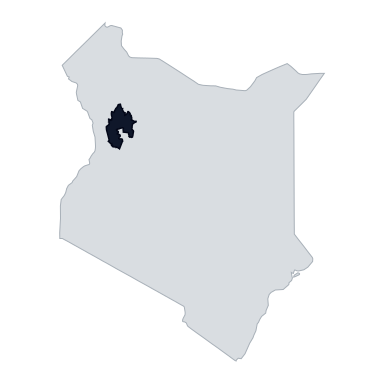 location of Turkana South, Rift Valley, Kenya
{"feature_id": "3690345B86728655085245", "entity_name": "Turkana South", "entity_type": "district", "adm_level": 2, "iso_a3": "KEN", "parent_name": "Kenya", "parent_adm1": "Rift Valley", "projection": "mercator", "projection_center": [35.73, 2.378], "detail": "fine", "context": "in_parent", "style": "filled", "palette": "ink", "viewbox_px": 384, "rotation_deg": 0, "n_neighbors": 0, "source": "geoboundaries", "source_scale": "gbopen_adm2", "svg_char_len": 7649}
<svg xmlns="http://www.w3.org/2000/svg" viewBox="0 0 384 384"><path d="M59.8,238.5L59.7,232.9L60.5,218.5L60.4,205.9L61.2,199.5L64.3,195.5L65.7,192.6L66.7,188.6L68.4,185.3L72.1,182.6L72.7,181.1L76.7,176.6L79.0,170.8L80.8,168.8L83.0,167.0L84.5,166.0L87.1,165.1L89.1,164.5L89.5,164.1L89.7,163.1L89.0,159.5L89.9,158.4L91.2,156.0L92.8,153.7L94.2,152.3L95.0,150.8L95.4,148.3L95.5,146.5L95.4,143.6L95.0,137.0L93.3,131.4L92.3,125.2L93.1,123.1L91.7,119.5L91.1,119.3L90.0,118.5L88.7,115.0L87.6,111.9L87.0,111.1L82.6,108.4L80.4,101.9L77.9,100.4L76.5,94.0L76.3,92.2L77.7,85.7L77.5,84.3L76.1,82.9L71.9,81.5L68.5,78.9L68.9,77.9L69.2,77.0L67.4,76.3L62.2,65.3L68.9,58.7L75.6,52.0L84.2,43.6L92.1,35.8L99.0,29.0L105.1,23.0L104.9,24.2L104.9,25.7L105.7,26.6L107.0,27.3L108.7,26.6L110.2,25.7L111.7,25.5L120.9,28.0L122.4,30.2L122.3,32.5L122.7,34.2L122.0,35.9L121.2,41.1L121.5,45.8L124.2,49.3L126.7,52.1L128.6,55.9L130.0,57.1L132.0,57.7L138.3,57.9L147.6,58.1L156.6,58.4L157.4,58.5L159.3,59.0L167.6,64.2L175.1,69.0L181.5,73.1L187.7,77.2L193.8,81.1L198.4,84.3L203.0,85.3L210.5,85.8L215.7,85.9L220.5,87.3L227.6,88.6L233.0,89.2L236.2,90.0L245.1,90.7L246.6,90.3L250.5,86.7L254.9,80.8L256.6,77.6L262.3,74.4L272.3,69.9L279.4,66.8L287.2,63.6L290.8,66.3L295.7,70.7L297.9,72.9L299.6,73.9L302.3,74.5L305.6,74.5L307.3,74.4L311.0,73.9L319.4,73.4L324.3,73.4L320.2,79.2L315.3,86.3L306.3,99.2L299.5,106.0L294.3,111.1L293.8,112.0L293.8,117.7L293.9,131.7L294.0,159.6L294.1,187.6L294.2,215.5L294.3,229.5L294.3,234.1L298.8,240.0L303.3,245.7L309.1,253.3L312.3,257.4L312.8,258.8L312.6,261.5L307.8,267.2L303.8,269.8L298.5,271.0L296.9,270.8L294.8,269.9L294.0,271.3L293.4,273.4L292.2,273.0L291.3,272.4L291.9,276.1L292.4,278.0L291.6,280.5L289.0,282.7L288.8,284.6L283.2,289.5L275.3,290.0L271.1,292.4L269.2,294.4L267.8,298.8L268.3,305.4L266.1,310.5L265.7,313.1L261.6,316.4L259.8,319.4L258.4,322.5L257.2,323.9L255.9,330.8L253.9,335.1L253.4,336.5L253.0,337.7L251.5,340.2L250.5,341.9L249.8,343.0L245.0,353.8L241.2,358.7L238.2,358.2L236.3,360.1L236.1,361.0L235.0,360.5L232.5,358.7L227.5,355.0L222.4,351.3L217.3,347.6L212.2,344.0L207.1,340.3L202.0,336.6L196.9,333.0L191.8,329.3L188.9,327.1L187.5,325.9L186.5,323.3L186.0,322.7L184.6,321.9L183.1,321.7L182.6,321.3L182.6,320.0L183.2,318.3L185.0,314.9L185.2,312.9L184.9,310.7L184.3,307.1L183.8,306.3L180.4,304.4L173.3,300.4L166.3,296.5L159.2,292.5L152.2,288.6L145.1,284.6L138.0,280.7L131.0,276.7L123.9,272.8L116.8,268.9L109.8,264.9L102.7,261.0L95.7,257.0L88.6,253.1L81.5,249.1L74.5,245.2L67.4,241.2L64.7,239.8L62.4,238.5L59.8,238.5ZM294.8,276.8L293.6,277.1L294.2,275.2L297.8,272.8L299.3,273.3L299.6,273.9L299.5,274.4L298.9,274.9L294.8,276.8Z" fill="#d9dde1" stroke="#a8b0b8" stroke-width="1"/><path d="M108.4,141.3L111.1,144.0L111.3,144.1L111.5,144.3L111.5,144.2L111.6,144.3L111.7,144.2L111.7,144.3L111.8,144.4L111.9,144.7L112.0,144.8L111.9,144.8L112.0,144.9L111.8,145.1L112.0,145.2L111.9,145.3L111.8,145.5L112.2,145.7L112.2,145.9L112.3,145.9L112.3,146.1L112.5,146.2L112.5,146.3L112.6,146.6L112.9,146.7L113.3,146.6L113.5,146.7L113.5,146.8L113.8,146.9L114.0,146.8L114.3,146.8L114.7,146.9L114.8,146.9L114.9,147.0L115.0,147.0L115.0,146.9L115.3,146.9L115.5,147.0L115.9,146.8L116.0,146.9L116.2,147.2L116.3,147.2L116.3,147.3L116.5,147.2L116.7,147.3L117.0,147.4L117.3,147.5L117.7,147.6L118.0,147.8L118.3,147.9L118.5,148.2L118.7,148.3L118.9,148.4L119.4,148.7L119.5,148.8L121.8,142.9L122.1,142.1L122.4,141.5L122.6,141.3L122.7,141.2L122.5,140.5L122.4,140.2L122.4,139.8L122.3,139.5L122.3,139.3L122.2,139.2L121.8,139.0L121.1,138.9L119.8,138.9L119.7,139.0L119.3,138.9L119.1,138.8L119.0,138.7L118.8,138.5L118.8,138.3L118.8,138.1L118.9,137.7L119.1,137.3L119.4,137.0L119.9,136.6L120.0,136.4L120.2,136.2L120.2,135.6L120.1,135.2L119.9,134.9L119.7,134.7L119.4,134.6L119.2,134.6L118.8,134.6L118.7,134.5L118.6,134.1L118.4,134.0L118.2,134.0L117.5,134.1L117.3,134.0L117.3,133.9L117.3,133.7L117.7,133.2L117.9,132.7L118.3,132.3L118.3,132.0L118.3,131.8L118.3,131.6L118.2,131.5L117.5,131.0L116.9,130.5L116.6,130.2L116.5,129.7L117.0,129.4L117.5,129.3L117.7,129.1L117.9,129.0L118.0,129.0L118.6,129.0L118.9,129.0L119.2,128.8L119.5,128.6L120.1,128.3L120.3,128.3L120.8,128.3L121.2,128.0L121.5,128.0L121.8,128.0L122.2,127.9L122.3,127.8L122.4,127.7L122.6,127.7L122.8,127.8L123.0,127.8L123.3,127.9L123.4,128.1L123.3,128.3L123.4,128.6L123.2,129.1L123.1,129.5L123.2,129.9L123.2,130.4L123.2,130.6L123.4,130.9L123.4,131.0L123.4,131.3L123.3,131.5L123.3,132.1L128.3,132.7L128.4,132.9L128.7,133.6L128.7,133.9L128.6,134.1L128.6,134.3L129.0,134.8L129.1,135.1L129.1,135.3L129.0,135.7L128.9,136.0L128.9,136.3L129.0,136.5L129.4,136.8L129.6,137.1L129.8,137.2L130.1,137.0L130.3,136.8L130.7,137.1L130.9,137.1L131.1,137.3L131.4,137.4L132.0,137.1L132.4,137.1L132.5,137.0L132.5,136.6L132.8,135.8L132.9,135.1L133.2,133.1L133.4,132.1L133.5,131.4L133.4,130.9L133.3,130.7L132.9,130.4L132.7,130.1L132.6,129.9L132.4,129.7L132.0,129.7L131.8,129.5L131.8,129.4L131.8,128.9L132.1,127.5L132.1,126.7L132.2,125.5L132.4,124.9L132.6,124.5L132.5,124.3L132.3,124.0L132.3,123.8L132.5,123.7L132.9,123.6L133.2,123.4L133.6,123.3L133.8,123.2L134.0,122.9L134.4,122.7L134.5,122.6L134.8,122.4L135.3,122.3L135.7,122.1L136.2,121.8L136.4,121.5L136.6,121.5L136.4,121.4L136.1,121.3L135.8,121.4L135.5,121.3L135.1,121.4L134.7,121.5L134.5,121.4L134.0,121.1L132.9,120.6L132.6,120.4L132.2,120.1L131.9,120.1L131.7,120.3L131.4,120.2L131.3,119.9L131.5,119.5L131.5,119.3L131.7,118.6L131.7,117.7L131.6,117.1L131.5,116.9L131.1,116.7L131.0,116.4L131.2,116.0L131.3,115.8L131.2,115.6L131.1,115.4L130.8,115.1L130.2,114.7L130.0,114.2L130.1,113.6L130.1,113.4L129.8,113.1L129.2,112.4L128.4,111.6L128.2,111.6L127.9,111.6L127.8,111.8L127.9,112.0L127.7,112.4L127.6,112.5L126.9,113.7L126.3,114.5L125.8,114.9L125.0,115.4L124.8,115.5L124.7,115.5L124.7,115.1L124.7,114.9L124.7,114.7L124.8,114.6L125.0,114.4L125.0,114.1L125.1,113.9L125.1,113.4L125.0,112.7L125.1,112.3L125.1,112.1L125.0,112.3L124.9,112.4L124.3,112.5L124.0,112.6L123.9,112.5L123.7,112.3L123.1,111.1L122.9,110.7L122.8,110.3L122.4,109.6L122.4,109.2L122.4,108.8L122.5,108.6L122.4,108.6L122.2,108.7L121.5,108.3L121.2,107.2L121.0,106.7L120.7,106.4L120.7,106.1L120.6,105.8L120.7,105.6L120.7,105.4L120.6,105.2L120.6,104.9L120.4,104.7L120.3,104.3L120.3,104.2L120.2,104.2L120.2,104.3L119.9,104.4L119.6,104.6L119.2,104.5L118.8,104.5L118.6,104.6L118.4,104.6L118.2,104.7L118.1,105.0L118.0,105.4L117.6,106.2L117.6,106.5L117.4,106.9L117.0,107.1L116.9,107.3L116.7,107.8L116.6,108.0L115.9,108.3L115.7,108.7L115.6,108.8L115.6,109.1L115.5,109.4L115.2,109.8L114.9,110.1L114.6,110.8L114.6,111.1L114.4,111.2L114.3,111.4L114.3,111.6L114.2,111.8L114.1,112.0L114.1,112.3L114.0,112.5L113.8,112.5L113.6,112.4L113.1,112.1L112.6,111.9L112.0,111.7L111.7,111.7L111.4,113.0L111.4,113.4L111.4,114.2L111.5,115.2L111.6,115.8L111.8,116.4L112.1,117.0L112.0,117.3L112.1,117.7L112.1,117.9L111.9,118.2L111.9,118.4L111.8,118.6L111.7,118.7L111.8,118.9L111.6,119.4L111.7,119.7L111.7,119.9L111.0,120.3L110.9,120.4L110.7,120.4L110.6,120.0L110.5,119.8L110.3,119.7L110.0,119.7L109.8,119.5L109.6,119.5L109.3,119.3L109.2,119.3L108.9,119.4L108.7,119.3L108.7,119.5L108.6,119.8L108.8,119.9L108.8,120.1L109.0,120.2L108.9,120.3L109.0,120.6L109.1,121.1L109.1,121.3L108.9,121.7L108.8,121.8L109.1,121.9L109.1,122.0L108.9,122.2L108.9,122.3L109.0,122.4L109.1,122.5L109.3,122.6L109.4,123.0L109.2,123.1L109.2,123.6L109.0,123.9L109.0,124.2L109.2,124.4L109.2,124.5L108.9,124.7L108.6,124.8L108.3,125.1L108.0,125.3L107.7,125.7L107.4,125.8L107.0,126.0L106.9,126.3L106.3,126.8L106.4,128.2L106.5,129.7L106.6,130.2L107.5,133.5L109.2,140.2L109.1,140.3L109.1,140.5L108.8,140.7L108.7,140.8L108.6,141.2L108.4,141.3Z" fill="#0f172a" stroke="#020617" stroke-width="1.5"/></svg>